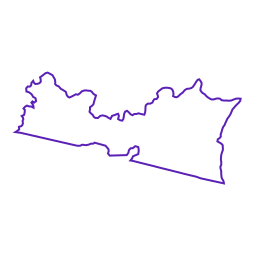 outline of Aurelino Leal, Bahia, Brazil
{"feature_id": "56859067B29822168612892", "entity_name": "Aurelino Leal", "entity_type": "district", "adm_level": 2, "iso_a3": "BRA", "parent_name": "Brazil", "parent_adm1": "Bahia", "projection": "mercator", "projection_center": [-39.489, -14.363], "detail": "fine", "context": "isolated", "style": "outline", "palette": "violet", "viewbox_px": 256, "rotation_deg": 0, "n_neighbors": 0, "source": "geoboundaries", "source_scale": "gbopen_adm2", "svg_char_len": 3067}
<svg xmlns="http://www.w3.org/2000/svg" viewBox="0 0 256 256"><path d="M157.0,93.4L157.7,95.4L158.1,97.0L156.6,99.0L154.3,99.2L153.3,100.6L152.5,102.5L150.4,103.6L147.6,103.7L145.8,105.3L145.5,106.9L145.4,110.0L145.1,112.6L144.3,114.7L140.9,114.0L138.5,113.3L136.9,113.9L134.4,114.0L132.4,115.2L130.5,114.2L128.8,112.3L127.0,110.8L125.2,111.6L124.1,114.0L123.8,116.4L123.4,118.9L122.3,120.6L120.2,120.3L118.1,119.0L118.9,115.9L118.1,113.8L116.6,114.2L114.5,115.1L112.0,115.9L110.5,118.9L108.1,117.6L106.8,116.6L105.2,116.0L102.6,115.4L100.3,115.9L97.9,118.0L95.3,117.9L93.8,116.9L92.8,114.9L91.2,113.7L89.5,111.8L90.0,109.4L90.0,107.2L92.0,105.8L93.4,104.3L94.0,102.1L94.4,100.5L95.3,97.7L96.0,95.4L94.3,94.5L92.9,93.3L91.9,91.8L90.4,90.8L88.1,90.7L86.2,90.4L84.2,90.5L81.9,91.3L80.0,93.2L78.0,94.7L75.9,94.3L74.2,95.2L71.7,96.5L69.5,97.5L68.0,96.8L66.8,95.2L65.8,91.8L63.3,90.2L60.8,88.8L58.6,86.3L56.4,85.4L55.1,84.0L55.3,82.3L54.9,79.4L53.7,77.3L52.5,75.2L49.4,73.5L47.6,72.6L45.5,73.2L43.6,74.7L41.5,76.3L40.0,77.3L40.6,79.0L40.8,81.7L39.4,83.2L37.6,83.8L35.3,84.0L33.9,82.7L33.2,80.8L31.5,82.8L31.1,85.4L29.9,86.6L27.7,86.5L26.2,88.3L26.4,91.5L28.8,92.2L30.6,93.4L32.3,95.2L32.9,96.7L35.5,98.2L36.1,101.1L34.1,102.6L32.5,101.4L31.4,102.6L32.5,104.0L33.4,105.8L33.5,107.7L31.3,106.5L28.9,106.4L27.0,105.6L25.1,106.7L23.5,108.5L24.8,109.8L24.7,112.3L24.1,114.9L21.7,116.0L23.0,117.7L23.3,119.3L22.6,120.8L22.9,123.3L22.4,125.0L21.2,126.2L18.9,126.8L19.2,129.4L17.1,131.0L15.4,132.1L20.6,132.8L75.2,145.3L77.9,145.8L80.2,145.7L82.3,144.7L85.8,145.2L88.5,144.7L90.9,143.7L93.1,143.7L94.7,142.7L105.5,145.7L106.9,147.3L108.4,149.1L108.7,151.0L108.0,153.5L109.7,155.6L126.7,155.1L128.4,152.8L128.9,150.2L130.6,148.3L132.8,148.2L135.2,146.2L138.2,147.0L138.7,149.5L138.6,151.9L138.2,154.1L133.0,156.3L132.0,158.6L130.4,160.5L132.8,160.9L146.8,164.4L152.5,165.8L157.1,167.0L163.4,168.6L165.9,169.2L179.5,172.6L184.1,173.8L196.2,176.7L200.6,178.3L223.9,183.4L223.6,181.4L222.7,179.7L221.7,178.0L221.4,175.9L221.2,173.1L221.2,171.0L220.5,168.5L220.4,166.6L221.2,165.0L221.3,162.4L220.9,159.7L221.0,157.4L221.3,154.6L222.0,152.4L222.9,149.9L222.8,147.1L222.7,145.2L221.6,143.9L219.6,142.6L217.4,141.4L217.8,139.3L219.6,138.1L220.8,136.6L220.7,134.3L221.5,132.0L222.4,128.9L223.2,126.9L224.5,125.2L225.5,122.7L226.4,120.9L227.4,118.6L228.9,116.7L230.3,114.5L231.3,112.3L232.5,109.4L234.3,107.4L235.3,106.1L236.7,104.7L238.6,102.9L240.2,100.9L240.6,98.7L238.2,98.5L235.9,98.7L233.7,99.5L230.9,100.6L228.3,100.7L226.2,100.5L223.8,100.5L221.6,100.2L220.0,98.7L217.8,98.4L216.0,98.7L213.6,99.4L211.7,99.5L210.0,98.7L208.5,97.8L207.0,96.7L205.9,95.6L204.7,94.2L202.4,92.9L201.2,91.5L200.4,90.2L200.6,88.1L201.5,85.1L201.6,82.9L200.7,81.3L199.2,79.3L197.7,79.8L195.9,82.2L194.9,84.0L192.9,86.9L191.2,88.1L189.4,88.6L186.7,88.9L184.7,90.2L182.8,92.5L180.1,94.5L178.1,96.5L176.3,97.3L174.6,96.9L173.1,96.1L173.5,94.0L173.2,91.7L172.5,90.0L171.3,88.6L169.3,88.0L166.9,87.7L164.5,87.8L162.2,88.4L160.0,90.1L158.2,91.5L157.0,93.4Z" fill="none" stroke="#5b21b6" stroke-width="2"/></svg>